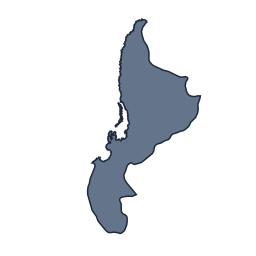 the district of Pueblo Viejo, Azua, Dominican Republic, rotated 140°
{"feature_id": "3306468B59626233413170", "entity_name": "Pueblo Viejo", "entity_type": "district", "adm_level": 2, "iso_a3": "DOM", "parent_name": "Dominican Republic", "parent_adm1": "Azua", "projection": "robinson", "projection_center": [-70.862, 18.341], "detail": "fine", "context": "isolated", "style": "filled", "palette": "slate", "viewbox_px": 256, "rotation_deg": 140, "n_neighbors": 0, "source": "geoboundaries", "source_scale": "gbopen_adm2", "svg_char_len": 5943}
<svg xmlns="http://www.w3.org/2000/svg" viewBox="0 0 256 256"><g transform="rotate(140 128 128)"><path d="M164.4,71.6L164.3,86.8L163.8,90.5L161.5,94.7L157.7,96.5L152.9,99.6L150.7,99.9L148.7,99.6L147.9,99.0L146.7,96.4L146.2,95.7L140.7,93.3L139.1,92.9L125.7,92.8L123.2,93.8L119.5,96.8L117.1,97.1L115.6,96.8L112.6,95.4L107.7,94.5L104.7,93.2L102.9,93.2L99.5,94.6L97.5,94.6L93.6,92.9L90.2,91.9L87.2,90.4L85.0,90.1L81.7,90.1L79.6,90.6L76.1,92.1L69.5,92.6L65.2,94.7L62.3,97.1L59.4,101.1L53.8,104.5L51.9,106.1L53.8,107.7L56.8,109.3L58.6,111.1L60.0,113.2L60.3,115.9L59.8,118.0L57.1,123.5L54.1,126.1L50.8,127.1L50.2,127.8L50.2,129.2L51.3,130.7L54.1,132.3L55.7,134.1L60.7,145.3L63.9,149.8L68.3,159.1L68.8,161.1L68.9,164.0L68.6,165.6L67.9,167.1L63.7,172.0L62.6,173.8L60.6,178.5L59.9,184.5L57.7,189.7L55.8,193.0L54.8,193.9L51.7,195.8L46.7,197.0L45.5,197.0L45.5,197.8L45.1,198.0L45.5,198.5L45.3,199.2L45.7,200.1L46.9,201.4L47.3,201.4L47.3,201.9L47.6,201.9L47.6,202.4L48.8,201.9L48.8,202.4L49.8,202.8L49.8,203.3L50.6,203.3L50.6,203.5L51.4,203.3L51.4,203.7L53.2,204.4L53.2,204.2L54.0,203.9L54.0,203.5L55.4,203.5L56.0,203.0L56.6,203.0L56.6,202.8L57.2,202.8L57.4,202.4L57.9,202.4L58.3,201.4L58.9,201.2L58.9,200.8L59.7,200.5L60.1,200.1L60.7,200.1L60.7,199.6L61.7,199.4L61.7,199.2L62.1,199.4L63.3,199.2L63.3,199.4L63.9,199.4L64.1,199.8L65.1,199.8L65.1,199.2L65.5,198.7L66.7,198.7L66.9,199.2L68.1,199.4L68.1,199.6L69.0,199.6L69.8,198.9L71.4,198.9L71.6,198.0L73.2,197.1L73.6,196.2L75.0,196.0L75.6,195.1L77.0,195.1L76.8,194.2L77.6,192.8L78.8,193.0L79.1,192.6L80.9,192.6L81.7,191.7L83.3,191.9L83.3,190.7L84.3,190.5L84.1,189.6L85.5,189.1L85.7,188.2L86.1,187.8L86.7,187.8L87.1,187.1L87.5,187.1L88.5,185.5L89.3,185.7L89.6,185.3L89.4,184.6L89.8,184.1L90.0,184.4L91.6,184.1L91.8,183.2L92.2,183.0L92.0,181.9L93.4,182.1L93.4,181.6L93.6,181.6L93.4,180.7L93.8,180.7L94.0,179.8L94.6,179.4L94.6,178.4L95.2,178.2L95.8,178.7L95.8,178.4L96.2,178.4L96.4,177.1L98.0,176.6L98.2,175.5L98.6,175.3L98.6,174.6L99.0,174.6L99.4,174.1L99.4,173.2L99.9,173.4L101.3,172.5L102.1,172.8L102.5,171.8L102.9,171.8L103.1,171.2L104.1,170.9L104.5,170.5L104.5,169.8L104.9,169.6L105.1,168.7L105.5,168.7L106.1,166.8L106.9,166.8L106.9,166.6L107.7,166.4L108.1,164.6L109.9,163.0L110.1,161.6L110.6,160.9L110.6,160.0L110.4,160.0L110.6,159.1L111.2,158.9L112.0,158.0L112.6,156.6L113.6,156.6L113.8,156.1L114.6,155.9L115.6,154.8L115.8,153.6L116.2,153.6L117.0,152.7L116.8,152.3L116.0,152.5L115.6,152.0L115.6,151.1L115.8,151.1L115.6,150.4L116.0,149.8L115.8,148.8L116.2,148.6L116.6,147.7L116.8,146.1L117.2,145.9L117.2,145.0L117.6,145.0L118.0,144.3L118.0,143.6L117.6,143.2L117.6,141.3L118.6,140.2L118.8,139.3L119.4,138.8L119.6,138.1L120.2,137.9L120.5,136.8L120.9,136.8L121.5,135.6L122.3,135.2L122.7,133.4L123.1,133.4L123.3,132.9L123.5,131.5L124.7,130.2L126.3,130.4L127.1,129.5L127.7,127.7L129.1,127.4L129.7,127.0L130.7,127.0L131.2,127.7L131.8,127.7L132.2,127.2L133.2,127.2L133.6,126.1L132.0,126.3L131.8,125.4L132.2,124.9L133.0,124.9L133.4,124.3L133.4,123.6L134.0,123.6L134.2,122.4L134.6,122.4L134.6,122.2L137.8,121.7L138.2,122.2L138.2,123.1L138.6,123.6L139.0,123.6L139.2,124.0L139.8,124.0L140.0,122.9L141.5,122.7L141.9,122.9L141.7,124.7L142.1,125.4L142.9,125.2L143.1,125.6L144.9,126.1L144.9,127.2L144.5,127.7L143.9,127.7L143.7,128.1L143.1,128.1L142.5,128.8L142.5,129.5L142.1,129.7L142.1,130.2L142.5,130.2L142.7,130.9L142.5,131.1L141.7,130.9L140.8,132.2L140.2,132.5L140.2,133.1L140.6,133.1L140.8,133.8L142.1,133.8L142.9,133.1L143.5,133.1L143.7,132.5L144.3,132.5L144.3,132.2L144.7,132.5L144.7,132.9L145.1,132.9L146.9,131.3L146.7,130.2L148.1,129.7L147.9,131.3L146.9,132.5L145.3,132.9L145.1,133.6L144.3,133.8L143.7,135.0L142.7,135.4L142.7,136.3L143.7,137.0L145.9,136.5L146.3,135.9L146.9,135.9L147.3,135.2L147.3,134.5L147.1,134.5L147.3,133.8L148.7,134.3L149.5,133.6L149.5,133.1L149.9,132.7L150.3,132.7L150.9,132.0L151.1,131.1L151.5,130.9L151.5,129.5L150.5,128.8L150.7,127.9L151.5,127.9L152.2,129.0L153.2,129.0L153.2,128.8L155.6,128.8L156.4,127.9L157.4,127.4L157.4,125.8L157.6,125.8L157.8,124.9L157.6,124.9L157.6,124.3L157.0,123.6L156.6,123.6L156.2,122.9L156.2,120.6L156.8,120.4L156.8,119.9L158.6,118.1L159.4,118.1L160.4,117.4L161.7,117.4L162.1,116.7L165.9,117.2L166.1,117.6L167.5,117.6L167.5,117.9L168.1,117.9L168.3,118.3L168.7,118.3L169.5,119.9L169.5,121.3L169.9,121.5L169.9,122.2L168.7,123.1L168.3,123.1L168.3,123.6L169.3,124.5L169.9,124.0L171.9,124.3L171.9,124.5L172.1,124.3L172.2,124.5L173.8,124.5L173.8,124.3L175.4,124.5L175.6,124.3L176.0,124.7L176.6,124.7L176.8,124.3L178.0,124.3L176.9,123.1L176.9,120.8L179.2,119.0L189.5,113.5L193.6,110.1L196.3,108.7L199.4,105.8L201.7,102.8L208.4,87.9L209.0,80.7L210.4,76.9L210.8,74.7L210.9,65.1L210.7,62.2L210.2,60.7L209.3,59.6L205.5,57.1L203.4,54.7L201.8,52.3L200.1,51.6L197.1,51.7L195.7,52.1L191.0,54.8L188.7,57.0L186.6,59.5L185.9,60.9L185.8,62.0L185.9,63.0L187.0,65.5L187.0,67.5L186.0,69.4L182.2,74.0L181.0,77.7L180.2,78.8L178.9,79.2L177.0,78.9L172.4,76.2L168.7,73.0L164.4,71.6ZM135.8,136.5L134.6,137.5L133.8,137.0L130.3,137.2L130.3,137.5L127.9,137.0L128.1,138.4L126.7,138.1L126.5,138.6L126.1,138.6L125.9,139.5L125.5,139.7L125.1,140.6L125.1,141.6L124.3,142.5L123.7,142.7L123.7,143.2L124.1,143.2L124.3,143.8L123.9,144.1L123.9,143.4L123.1,143.4L123.3,144.7L122.7,145.4L122.3,145.4L122.3,144.7L121.7,144.7L121.7,145.9L122.1,146.1L122.1,146.6L121.5,146.8L121.3,147.5L121.1,147.5L121.3,146.6L120.9,146.3L120.0,146.6L120.0,147.0L119.4,147.5L119.2,149.5L118.8,150.2L118.8,150.9L119.4,151.3L119.4,152.0L119.0,152.5L119.2,153.4L119.8,153.2L119.8,152.0L120.4,151.3L120.4,149.8L120.5,149.3L120.9,149.3L120.9,148.6L122.7,146.8L122.9,146.1L123.7,145.7L123.7,145.0L124.1,145.0L125.1,143.8L125.5,143.8L125.7,142.9L125.3,142.9L125.3,142.7L125.9,142.5L125.9,142.0L127.3,140.4L127.3,140.0L128.1,140.0L128.1,139.7L129.3,139.5L129.7,139.1L130.7,139.1L131.6,137.9L134.6,137.9L134.6,138.1L136.4,137.9L136.6,137.0L136.2,137.0L135.8,136.5Z" fill="#64748b" stroke="#1e293b" stroke-width="1.5"/></g></svg>